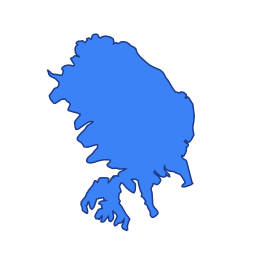 an SVG outline of Iceland, rotated 256°
{"feature_id": "ISL", "entity_name": "Iceland", "entity_type": "country or territory", "adm_level": 0, "iso_a3": "ISL", "parent_name": "Europe", "parent_adm1": "", "projection": "orthographic", "projection_center": [-19.868, 64.966], "detail": "fine", "context": "isolated", "style": "filled", "palette": "blue", "viewbox_px": 256, "rotation_deg": 256, "n_neighbors": 0, "source": "natural_earth", "source_scale": "50m", "svg_char_len": 5131}
<svg xmlns="http://www.w3.org/2000/svg" viewBox="0 0 256 256"><g transform="rotate(256 128 128)"><path d="M187.4,71.7L189.5,71.8L192.6,70.0L193.9,69.0L197.0,65.3L198.9,64.2L202.0,64.2L203.4,63.9L203.5,64.2L201.7,65.7L200.2,66.3L198.3,68.5L196.6,73.3L195.2,75.7L195.3,76.7L197.3,78.3L199.4,79.1L201.2,78.1L202.1,78.4L202.9,79.6L203.4,80.9L203.7,82.2L203.5,85.0L202.6,87.8L201.3,90.2L201.5,90.9L202.8,91.2L208.6,89.2L209.2,89.2L209.6,90.0L209.8,91.3L210.2,92.5L210.9,93.6L210.8,94.7L208.5,98.5L211.4,96.0L213.7,95.2L218.0,95.9L219.8,97.1L221.0,99.3L222.4,98.4L223.0,98.3L224.0,99.6L224.2,100.9L223.7,103.0L223.7,104.8L223.0,105.7L221.7,106.3L221.4,107.0L222.1,108.3L223.1,109.6L224.4,109.5L224.7,110.2L224.8,110.9L224.7,111.8L224.4,112.5L223.7,112.9L223.0,113.9L226.3,115.7L226.8,116.5L227.0,117.7L226.9,119.0L226.5,120.4L225.6,121.3L223.3,121.7L222.0,122.7L222.6,124.2L222.8,126.1L222.6,128.4L221.1,131.9L219.5,133.9L218.0,135.2L214.9,135.1L213.2,134.3L213.7,137.2L212.2,139.2L212.6,140.7L213.2,141.4L213.1,143.3L212.5,145.3L211.3,147.5L209.9,148.9L207.0,150.8L204.7,153.6L203.0,154.7L198.6,155.0L194.2,157.0L188.1,161.0L183.9,164.1L180.8,167.5L176.7,173.0L173.5,175.3L171.6,176.0L168.0,176.7L164.9,178.2L154.7,181.3L151.3,182.9L150.9,184.2L149.5,186.3L149.4,187.0L150.1,187.5L150.2,188.3L149.0,190.7L146.5,192.5L145.2,192.5L143.7,191.0L143.1,191.1L142.8,191.3L142.8,191.8L143.7,193.5L142.2,194.4L135.4,196.6L123.8,195.2L119.2,193.7L113.6,191.2L110.2,190.5L105.4,190.3L101.5,186.8L99.8,184.6L99.6,183.7L99.8,182.7L100.3,182.0L100.9,181.6L102.1,181.5L102.3,181.2L101.4,179.5L100.4,180.0L97.9,182.5L96.8,182.4L95.3,181.1L95.3,179.9L92.4,179.4L90.0,177.9L87.6,175.7L87.2,174.9L88.4,173.7L88.2,173.5L87.3,173.2L85.5,173.6L82.8,176.2L81.6,176.8L63.9,176.9L59.4,177.0L58.5,177.4L57.8,175.6L57.3,171.6L57.2,169.0L57.4,167.7L58.1,166.3L59.0,166.6L59.9,167.8L60.6,169.5L61.5,170.4L67.7,168.6L70.3,167.3L71.4,166.0L72.7,163.8L74.0,162.7L74.7,161.6L76.0,158.2L76.9,156.6L78.0,155.4L79.2,154.7L81.9,154.2L80.1,153.4L78.4,153.3L72.6,156.8L70.7,156.7L70.8,156.2L71.6,155.2L73.7,153.5L72.3,153.3L71.8,152.5L71.8,150.8L72.9,148.1L77.7,144.6L79.3,144.1L79.8,143.4L79.2,142.8L78.2,142.5L73.5,146.0L70.0,147.2L69.0,146.9L67.3,145.4L66.8,144.7L66.1,143.1L66.2,142.1L68.0,139.3L67.7,138.7L66.6,138.4L63.8,135.6L59.1,135.6L47.6,133.5L45.2,134.0L41.1,136.1L38.7,136.7L37.6,136.1L36.7,134.9L35.9,133.2L35.2,131.1L35.6,129.7L37.2,128.9L38.3,128.6L41.4,129.3L45.3,128.1L47.8,127.9L48.5,127.8L50.0,126.3L50.7,126.0L51.8,126.5L52.3,127.6L56.2,126.2L57.6,125.4L57.7,125.0L58.3,124.4L60.2,125.4L61.8,125.5L63.7,124.9L67.1,124.8L74.7,124.9L75.9,123.7L76.5,122.5L77.3,119.6L77.0,119.0L72.2,121.5L71.1,121.5L65.6,119.8L63.7,118.1L64.4,116.8L67.4,114.1L70.5,112.0L75.0,109.7L76.0,108.8L76.2,107.7L73.3,105.6L67.8,105.9L66.5,103.5L62.0,101.9L58.9,102.7L57.4,101.1L53.3,102.9L44.5,105.3L40.9,107.1L39.0,107.6L37.0,105.9L33.4,103.8L29.3,102.9L29.0,101.8L31.7,98.7L33.4,98.2L35.0,98.7L38.0,101.2L40.2,102.0L37.6,98.5L37.8,97.2L37.7,95.2L36.9,94.3L36.2,92.1L36.6,91.4L37.7,91.2L39.9,92.1L44.8,96.2L47.4,95.7L48.9,94.4L50.9,93.4L50.4,92.9L45.9,92.6L43.5,91.7L42.4,90.5L41.4,88.6L41.9,87.7L43.2,87.1L47.0,87.6L44.6,84.2L43.0,82.2L42.9,81.3L43.1,80.2L43.3,79.5L43.7,79.1L48.0,81.3L48.9,81.4L48.1,80.1L46.3,78.3L46.3,77.6L47.1,77.1L47.6,76.1L47.6,75.2L49.0,74.6L50.3,74.6L51.6,75.4L55.6,79.1L56.2,80.1L56.3,81.4L56.0,83.0L56.2,83.6L57.8,83.2L59.1,83.9L59.8,83.7L61.5,81.4L62.6,82.0L63.2,83.2L63.4,84.2L63.4,85.6L63.0,88.5L63.0,88.9L64.3,87.3L66.2,87.3L66.5,86.5L66.7,83.4L66.6,80.8L66.4,80.3L60.3,76.4L59.2,75.5L57.9,73.7L58.2,72.8L59.5,72.1L61.4,71.9L65.7,72.1L66.1,71.7L65.3,70.8L63.4,70.1L62.9,69.5L62.7,68.5L60.3,68.9L57.7,68.8L55.2,68.1L55.2,67.3L56.3,66.2L58.4,64.3L59.4,63.9L62.3,64.3L65.1,63.9L67.4,64.7L69.2,66.7L71.7,70.2L75.1,72.5L75.4,73.2L77.3,75.0L80.9,79.9L84.7,82.8L84.8,83.5L84.2,84.3L82.7,85.3L83.0,85.8L84.9,86.6L86.3,88.5L86.3,89.3L84.9,95.1L84.2,96.3L83.4,97.0L79.9,95.8L80.7,97.7L83.2,99.7L83.7,100.8L83.3,101.9L83.6,102.2L84.6,101.6L84.9,102.2L84.7,104.0L84.3,105.5L83.6,106.7L83.8,107.2L84.8,107.1L85.8,107.4L87.2,109.1L88.3,114.2L88.9,115.9L89.4,114.4L90.0,110.7L90.5,108.9L91.0,108.8L91.4,108.2L91.8,107.0L92.6,103.0L95.0,99.9L96.2,99.0L97.3,98.8L97.8,99.2L99.6,102.4L100.7,103.0L101.3,102.8L102.1,100.6L103.1,96.4L103.3,91.7L102.9,86.5L103.2,82.8L104.3,80.6L105.8,79.9L107.7,80.7L109.0,82.1L111.7,87.3L113.9,90.0L115.7,92.9L116.7,93.8L118.6,94.3L119.1,94.1L119.4,93.4L119.5,92.3L119.1,84.9L119.6,82.6L120.4,80.9L123.6,79.9L125.4,78.9L127.2,77.2L128.6,76.2L129.7,76.1L130.9,76.7L132.2,78.2L134.2,80.9L136.8,85.5L140.0,88.9L141.8,94.3L142.2,95.3L142.6,95.4L143.0,94.6L143.3,93.6L143.3,91.2L142.3,87.9L139.1,79.9L139.0,78.3L139.4,77.1L141.4,76.9L146.2,77.5L147.8,78.7L151.3,83.6L152.2,84.8L152.8,85.0L153.0,84.4L154.2,83.4L155.0,82.3L156.4,79.5L159.4,74.4L160.0,74.2L161.0,74.6L162.6,75.8L163.5,76.8L165.0,77.5L166.6,77.2L168.7,75.3L171.1,74.1L171.8,71.6L171.9,70.5L169.5,63.3L170.3,61.8L174.4,59.7L178.0,59.4L178.9,59.8L181.5,63.2L183.2,64.9L184.1,66.3L184.5,69.4L185.5,70.5L187.4,71.7Z" fill="#3b82f6" stroke="#1e3a8a" stroke-width="1.5"/></g></svg>